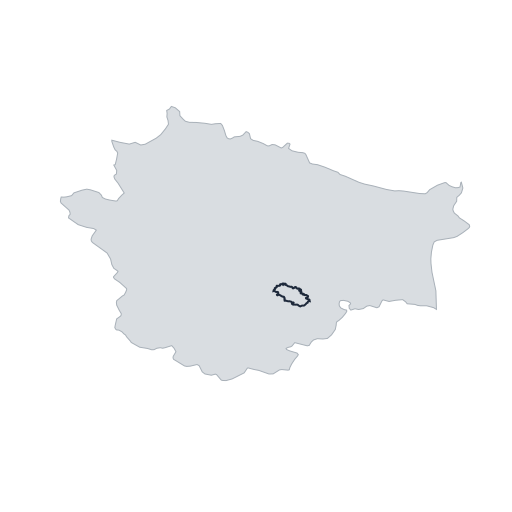 Maladzyechna, Minsk, Belarus (highlighted), rotated 192°
{"feature_id": "67162791B22380901430791", "entity_name": "Maladzyechna", "entity_type": "district", "adm_level": 2, "iso_a3": "BLR", "parent_name": "Belarus", "parent_adm1": "Minsk", "projection": "equal_earth", "projection_center": [26.93, 54.243], "detail": "fine", "context": "in_parent", "style": "outline", "palette": "slate", "viewbox_px": 512, "rotation_deg": 192, "n_neighbors": 0, "source": "geoboundaries", "source_scale": "gbopen_adm2", "svg_char_len": 8223}
<svg xmlns="http://www.w3.org/2000/svg" viewBox="0 0 512 512"><g transform="rotate(192 256 256)"><path d="M421.1,339.3L412.9,338.9L403.2,339.1L397.8,342.1L391.8,340.6L387.6,342.3L378.1,350.5L374.4,354.9L371.0,361.6L369.0,366.7L370.2,370.2L372.1,373.5L372.6,377.0L373.6,379.8L371.2,381.8L369.9,384.7L365.8,384.2L360.7,381.4L359.6,377.4L355.6,374.6L353.1,373.1L348.9,372.9L342.2,374.2L333.5,375.2L326.9,375.5L323.3,376.9L318.1,378.3L316.0,376.7L313.0,372.1L310.5,367.5L308.8,365.5L307.3,365.0L305.5,365.1L303.5,366.5L302.0,368.0L296.5,369.7L294.1,371.4L291.5,375.6L289.7,375.3L287.9,374.3L285.7,369.6L282.8,368.5L278.2,368.5L272.4,367.5L267.8,366.1L266.1,366.4L263.4,368.4L260.4,368.7L253.8,366.9L252.5,367.7L248.8,372.9L247.0,373.1L246.0,372.5L246.5,368.0L242.7,366.4L236.3,366.2L231.8,366.8L229.6,366.6L228.4,365.7L222.9,358.2L220.0,357.7L214.8,358.1L207.1,357.2L198.2,355.5L193.3,354.9L190.8,353.2L185.3,352.6L170.7,349.5L164.7,348.9L155.8,348.9L142.4,348.2L133.8,348.5L129.8,349.6L125.2,350.2L109.2,351.1L103.5,352.0L101.8,353.5L99.9,357.0L93.2,363.0L86.7,367.0L85.5,367.3L81.8,365.2L78.7,364.5L75.1,364.2L72.5,364.9L70.8,365.9L70.9,370.5L70.5,370.9L67.8,365.5L68.2,360.5L69.8,357.7L71.8,355.1L71.1,351.3L73.1,346.2L73.2,342.6L72.4,341.0L70.9,339.2L66.8,337.2L65.0,335.6L59.5,333.5L53.9,330.9L53.1,329.3L53.3,328.2L54.4,326.6L58.7,321.7L63.4,317.0L66.4,315.1L82.1,309.0L84.6,306.9L85.3,303.4L85.2,296.2L84.4,289.6L83.3,285.1L80.5,276.7L72.8,259.3L68.4,241.3L71.5,242.4L78.9,242.8L84.8,241.5L87.8,241.3L90.5,241.7L98.2,240.7L100.1,242.3L103.5,243.8L110.3,241.7L116.4,239.2L122.6,239.5L123.5,238.2L125.1,231.9L127.0,230.5L134.4,231.2L137.2,230.0L140.1,226.9L144.5,225.0L148.2,225.0L152.0,222.8L153.9,224.2L154.8,226.9L153.5,228.9L154.0,229.8L156.6,230.8L161.2,230.8L164.1,229.9L164.8,228.7L164.8,226.5L164.1,224.5L162.2,222.8L158.6,221.9L156.1,221.9L155.7,220.7L156.5,218.4L158.8,214.0L161.6,210.1L163.2,208.6L163.5,207.3L163.2,204.9L163.2,200.6L165.7,194.6L169.0,190.2L173.4,188.7L178.8,187.9L182.3,185.8L184.0,183.4L185.4,179.6L187.2,178.8L200.1,179.3L202.1,175.4L203.2,174.4L205.6,173.3L207.4,171.9L206.7,170.9L203.4,170.2L195.7,169.6L194.1,168.3L194.6,166.8L196.7,162.9L198.7,157.8L199.7,153.9L199.8,151.6L200.9,151.0L207.2,150.3L209.3,149.5L214.8,144.2L218.9,143.3L229.5,144.7L234.4,144.6L240.6,144.9L241.2,144.4L243.3,139.2L253.8,130.8L259.4,127.9L262.9,127.3L264.2,127.4L269.9,131.8L271.2,132.0L274.9,130.1L281.4,130.0L284.5,131.5L288.8,136.9L291.1,137.6L297.4,134.6L300.8,133.6L303.1,133.6L315.1,137.8L316.0,139.1L316.1,140.7L314.4,145.7L316.9,148.7L319.8,150.8L325.9,147.4L328.1,146.4L330.6,146.4L333.9,145.1L336.2,143.2L338.5,142.6L342.9,143.0L350.8,142.6L360.1,145.5L361.0,146.5L365.7,150.0L367.3,151.7L368.9,152.3L371.4,154.0L374.7,155.0L377.0,154.7L378.1,155.3L379.2,156.6L379.3,158.9L379.2,165.5L376.0,169.0L375.6,170.2L375.8,171.6L378.5,174.5L382.0,178.9L382.9,181.5L382.9,183.4L378.4,189.1L376.9,190.4L376.0,193.2L375.5,196.0L375.8,197.2L383.7,201.8L389.6,204.2L390.9,205.4L391.0,206.2L388.1,211.1L387.8,212.4L392.5,214.4L395.2,217.6L397.6,222.8L402.2,227.9L418.8,235.2L420.2,236.5L420.8,238.1L420.4,241.6L417.6,248.1L420.5,249.1L427.7,248.8L436.5,249.7L447.3,254.3L447.4,256.4L446.4,258.3L447.2,260.3L448.4,262.0L457.7,267.3L458.7,268.8L458.9,271.3L458.8,273.2L456.2,273.6L453.5,274.5L448.9,276.7L447.2,279.9L439.9,284.2L435.4,286.2L431.7,286.3L422.9,285.4L419.8,283.3L418.5,281.3L415.1,280.4L410.6,280.3L404.4,280.6L403.2,281.2L402.3,283.7L399.8,287.8L398.0,290.2L406.0,298.5L410.1,301.9L411.4,303.9L411.4,305.4L409.6,307.2L410.0,310.7L414.0,315.4L412.7,316.1L412.5,321.8L412.7,327.9L413.8,329.4L415.9,330.6L417.7,332.9L420.8,338.0L421.1,339.3Z" fill="#d9dde1" stroke="#a8b0b8" stroke-width="1"/><path d="M194.1,223.0L194.3,223.4L194.4,223.8L194.5,224.0L194.6,224.3L194.8,224.4L195.1,224.5L195.5,224.5L196.0,224.5L196.4,224.5L196.6,224.5L197.0,224.6L197.3,224.7L197.5,224.8L197.9,224.9L198.2,224.9L198.3,225.0L198.4,225.3L198.3,225.5L198.0,225.7L197.6,225.8L197.3,226.0L196.9,226.2L196.8,226.5L196.7,227.0L196.7,227.4L196.8,227.6L197.1,227.6L197.3,227.7L197.6,227.9L197.9,228.0L198.1,228.1L198.6,228.3L198.8,228.3L199.1,228.2L199.4,228.2L199.6,228.0L199.8,227.9L200.1,227.9L200.4,227.9L200.7,227.9L200.9,228.1L200.9,228.4L201.0,228.6L201.5,228.6L201.6,228.3L201.6,228.2L201.9,228.0L202.0,228.0L202.3,228.1L202.4,228.3L202.3,228.5L202.2,228.6L202.2,228.9L202.4,229.0L202.6,229.0L202.7,228.9L202.9,228.7L203.1,228.7L203.3,228.8L203.5,228.9L203.6,229.0L203.8,229.2L204.0,229.2L204.1,228.9L204.3,228.8L204.5,228.8L204.6,229.0L204.6,229.3L204.8,229.5L204.8,229.9L204.7,230.1L204.6,230.3L204.3,230.6L204.4,230.8L204.7,230.9L204.9,230.8L205.2,230.7L205.4,230.7L205.8,230.8L206.0,230.9L206.5,231.1L206.4,231.4L206.2,231.6L205.9,231.8L205.5,231.9L205.2,231.9L204.9,232.2L205.0,232.4L205.4,232.5L206.0,232.6L206.4,232.6L206.6,232.7L206.7,232.9L206.7,233.1L207.1,233.2L207.4,233.2L207.6,233.1L207.7,232.9L207.8,232.7L208.2,232.6L208.4,232.7L208.9,232.8L209.1,232.8L209.4,232.8L209.7,233.0L209.8,233.3L210.0,233.6L210.4,233.8L211.0,233.9L211.3,233.8L211.5,233.6L211.6,233.4L211.6,233.1L211.9,232.8L212.0,232.8L212.4,232.7L212.5,232.5L212.6,232.4L212.7,232.2L212.9,232.2L213.0,232.2L213.4,232.1L213.5,232.2L213.7,232.5L213.8,232.7L214.0,233.0L214.8,233.3L215.1,233.3L215.4,233.2L215.6,233.1L215.9,233.0L216.4,233.0L216.8,233.1L217.0,233.1L217.5,233.1L217.8,233.1L218.3,233.1L218.5,233.1L219.1,233.4L219.4,233.6L219.9,233.8L220.2,233.8L220.8,233.9L221.3,233.9L221.6,234.0L221.7,234.4L221.6,234.6L221.4,234.9L221.6,235.0L222.1,234.9L222.4,234.7L222.8,234.5L223.1,234.3L223.4,233.8L223.4,233.6L223.5,233.4L223.9,233.6L223.9,233.9L223.9,234.3L223.9,234.6L224.2,234.5L224.4,234.5L224.6,234.2L224.6,233.9L225.1,233.7L225.6,233.6L226.0,233.6L226.4,233.4L226.5,233.0L226.3,232.8L226.3,232.5L226.3,232.2L226.7,231.8L227.3,231.6L227.8,231.5L228.1,231.4L228.5,231.3L228.9,231.3L229.3,231.3L229.5,231.2L229.6,230.7L229.4,230.6L229.3,230.4L229.2,230.1L229.4,229.8L229.6,229.7L229.8,229.3L229.9,229.1L230.3,228.9L230.7,228.7L230.9,228.5L230.9,228.3L230.6,228.1L230.5,227.9L230.5,227.7L230.8,227.5L230.9,227.2L230.9,226.9L231.1,226.5L231.4,226.5L231.6,226.2L231.6,225.7L231.6,225.3L231.4,225.4L231.2,225.5L230.9,225.6L230.6,225.7L230.3,225.6L230.2,225.5L230.1,225.4L229.7,225.2L229.3,225.1L229.0,225.0L228.7,225.0L228.4,225.1L228.1,225.2L227.9,225.3L227.7,225.3L227.3,225.3L227.1,225.3L227.0,225.2L226.8,225.0L226.8,224.8L226.7,224.5L226.5,224.3L226.4,224.1L226.4,223.8L226.4,223.7L226.4,223.4L226.5,223.2L226.8,223.0L227.1,222.9L227.4,222.7L227.5,222.6L227.4,222.3L227.3,222.2L227.2,222.1L226.8,222.0L226.6,222.1L226.4,222.3L226.3,222.5L226.1,222.7L225.9,222.7L225.6,222.8L225.2,222.8L224.9,222.8L224.6,222.7L224.4,222.7L224.1,222.6L223.9,222.5L223.6,222.5L223.4,222.4L223.1,222.2L222.9,222.1L222.7,222.0L222.4,222.0L222.2,222.0L222.0,221.9L221.8,221.9L221.6,221.8L221.3,221.8L221.1,221.9L220.8,221.9L220.5,221.9L220.3,221.9L220.1,221.8L220.0,221.7L219.9,221.5L219.8,221.4L219.8,221.2L219.7,221.0L219.5,220.9L219.3,220.8L219.2,220.7L219.2,220.4L219.3,220.2L219.2,219.8L219.0,219.6L219.1,219.3L219.0,219.1L218.9,219.0L218.7,218.8L218.7,218.7L218.8,218.4L218.7,218.2L218.4,218.2L218.2,218.4L218.1,218.5L217.9,218.5L217.6,218.5L217.3,218.5L217.0,218.5L216.6,218.5L216.3,218.4L216.1,218.4L215.6,218.4L215.3,218.4L214.9,218.4L214.6,218.5L214.3,218.6L214.1,218.7L213.8,218.7L213.4,218.7L213.0,218.6L212.7,218.6L212.3,218.6L212.0,218.6L211.8,218.5L211.4,218.2L211.2,218.0L210.9,218.1L210.6,218.1L210.2,218.2L210.0,218.3L209.8,218.3L209.6,218.2L209.7,217.8L209.8,217.7L210.0,217.6L210.3,217.5L210.6,217.4L210.9,217.2L211.0,217.0L211.0,216.8L210.9,216.7L210.4,216.4L210.2,216.3L209.9,216.2L209.6,216.2L209.2,216.2L208.9,216.4L208.7,216.5L208.4,216.5L207.8,216.5L207.3,216.6L207.0,216.7L206.8,216.7L206.4,216.8L206.1,216.9L205.9,217.0L205.5,217.0L205.2,217.0L204.8,216.9L204.5,216.6L204.1,216.4L203.4,216.2L202.9,216.0L202.2,215.9L201.8,216.3L201.4,216.5L200.8,217.0L200.2,217.2L199.4,217.3L198.6,217.6L198.2,218.1L197.7,218.7L197.4,219.2L197.1,219.6L197.0,220.0L196.6,220.5L196.2,220.7L195.8,221.1L195.9,221.5L195.8,221.9L195.5,222.3L195.4,222.5L194.9,222.8L194.4,223.0L194.1,223.0Z" fill="none" stroke="#1e293b" stroke-width="2"/></g></svg>